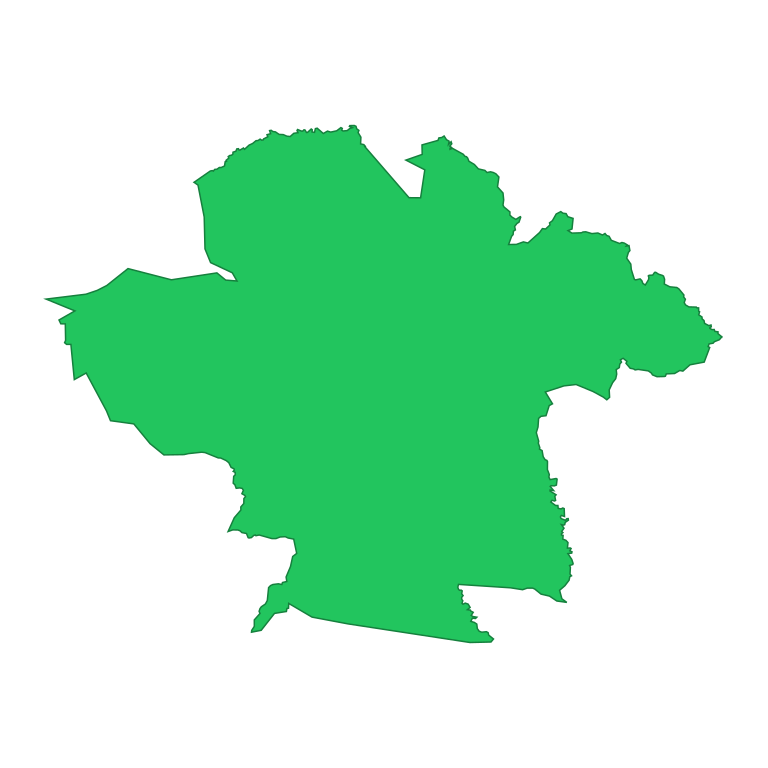 the district of Leonardo Bravo, Guerrero, Mexico, rotated 90°
{"feature_id": "50627088B42339229292955", "entity_name": "Leonardo Bravo", "entity_type": "district", "adm_level": 2, "iso_a3": "MEX", "parent_name": "Mexico", "parent_adm1": "Guerrero", "projection": "equal_earth", "projection_center": [-99.796, 17.634], "detail": "fine", "context": "isolated", "style": "filled", "palette": "green", "viewbox_px": 768, "rotation_deg": 90, "n_neighbors": 0, "source": "geoboundaries", "source_scale": "gbopen_adm2", "svg_char_len": 6127}
<svg xmlns="http://www.w3.org/2000/svg" viewBox="0 0 768 768"><g transform="rotate(90 384 384)"><path d="M617.1,456.0L623.9,419.9L642.5,298.0L642.0,277.0L639.0,274.5L635.1,279.3L632.6,279.9L631.7,281.6L632.2,286.3L631.2,288.8L628.6,290.7L624.1,291.2L622.4,293.7L621.4,297.2L618.2,295.6L618.5,292.5L617.2,291.2L616.5,295.1L615.5,296.8L612.3,294.8L611.0,297.3L610.1,297.6L609.7,300.6L607.4,297.9L604.1,299.9L603.1,302.8L604.2,305.0L603.3,306.0L600.7,305.2L599.3,306.3L597.3,306.3L595.6,304.9L593.8,306.3L590.9,305.8L590.1,306.9L590.3,308.5L589.1,309.6L587.2,310.2L584.4,309.5L587.8,257.5L589.7,245.4L588.1,240.7L588.1,235.4L589.0,233.3L594.1,227.0L596.1,218.5L601.0,211.2L602.4,201.2L598.8,206.1L590.3,208.4L585.7,203.1L580.2,198.9L576.7,198.2L575.8,196.5L574.0,198.0L567.4,197.6L565.5,198.4L564.5,195.2L563.5,194.9L559.5,196.2L553.6,200.1L553.1,196.3L551.8,196.0L550.8,198.2L548.5,196.9L548.0,197.6L548.1,200.6L542.6,200.0L540.3,202.1L539.1,205.2L535.4,204.9L535.0,206.5L533.7,206.5L532.6,205.1L531.5,206.3L528.2,204.0L524.6,206.6L525.1,204.5L524.7,203.3L522.4,202.8L520.2,199.6L518.6,199.8L518.7,201.2L520.3,202.6L518.5,207.0L516.9,207.6L515.4,206.7L516.5,203.5L508.6,203.8L508.0,205.2L508.9,207.0L508.4,209.8L505.5,210.1L505.5,212.4L502.0,217.2L500.3,216.0L501.0,213.4L500.4,212.4L496.3,213.2L494.8,211.9L491.0,218.0L490.0,217.9L490.6,214.3L486.4,217.8L485.7,217.0L485.9,213.7L485.1,211.6L479.1,210.9L478.5,211.9L479.6,217.9L477.1,219.1L474.5,218.7L469.6,220.6L461.6,220.5L460.4,221.1L459.7,222.9L456.7,224.8L450.6,225.9L449.1,228.5L447.6,228.2L443.1,229.7L441.2,229.3L432.6,231.7L427.0,230.0L418.4,229.4L416.3,227.0L415.7,222.0L405.6,218.8L403.8,215.5L392.0,222.7L385.9,204.1L384.5,191.9L391.5,175.0L397.1,164.7L399.8,161.2L397.3,158.4L389.9,158.8L382.7,155.4L378.7,152.3L374.1,151.3L369.6,151.8L367.6,148.7L364.1,148.2L362.1,146.5L359.8,147.6L358.3,144.9L361.3,141.1L363.3,142.0L368.3,137.8L368.9,134.5L369.9,132.9L369.4,129.8L370.9,119.7L373.0,116.7L374.9,115.5L376.7,111.0L376.5,103.7L376.2,102.6L373.9,101.7L373.5,93.4L370.5,88.2L371.1,85.1L364.8,78.0L362.1,63.8L347.5,58.3L346.6,59.9L343.9,58.9L343.2,54.9L341.7,53.6L339.7,48.6L336.8,46.1L336.1,46.3L336.7,46.3L333.7,50.0L331.8,50.0L331.4,53.1L329.5,53.8L329.6,56.0L328.4,58.1L327.5,58.1L326.8,56.7L325.0,57.0L325.6,59.2L323.4,63.4L320.5,64.0L318.9,65.9L317.0,66.0L314.8,69.3L311.8,68.4L311.3,69.3L307.9,69.4L307.9,71.0L307.1,71.7L306.9,79.1L304.9,82.5L302.6,83.8L299.2,82.6L297.1,84.3L295.0,84.1L288.9,89.1L287.5,91.2L286.8,98.2L284.0,103.7L279.3,103.4L276.1,104.5L275.4,105.6L274.2,109.4L272.3,112.3L272.4,113.4L275.1,115.3L275.3,118.9L275.9,119.7L277.8,119.1L279.9,119.6L285.0,122.7L283.5,125.1L280.6,126.2L278.9,127.9L279.9,132.4L279.4,133.6L269.5,136.7L264.1,137.2L258.2,141.3L252.4,139.6L250.6,138.1L245.6,139.0L246.1,141.7L244.9,140.7L243.1,143.7L242.5,146.1L243.5,148.4L240.3,156.7L236.3,158.9L235.5,161.3L233.5,163.0L235.0,165.5L233.0,170.1L233.6,176.1L231.8,182.2L232.0,185.1L232.8,186.6L233.1,196.1L230.6,200.0L229.0,196.0L218.4,194.9L216.7,200.2L213.6,201.9L213.2,205.1L211.6,207.2L214.0,211.8L220.7,215.6L222.9,218.5L224.9,218.0L229.0,222.4L228.6,225.6L232.5,228.4L243.0,240.1L241.9,244.6L244.4,251.6L244.5,259.4L236.3,256.4L234.6,254.9L231.2,254.6L229.9,252.6L226.5,253.4L223.4,251.0L222.2,249.0L217.2,247.3L216.7,247.6L217.0,248.4L219.4,252.1L217.2,255.9L215.1,258.1L211.9,258.1L207.0,264.0L205.1,265.0L199.9,264.3L193.0,265.0L186.9,270.5L177.0,269.1L173.8,272.1L172.5,274.7L171.8,277.5L172.5,281.0L170.4,283.1L168.9,289.6L164.5,293.6L161.2,299.1L158.1,300.3L156.7,301.5L156.3,303.1L154.3,304.7L148.3,315.6L149.3,318.0L148.3,318.0L147.3,316.7L146.2,318.2L143.8,316.2L141.7,316.9L144.4,319.5L141.2,318.9L139.7,321.5L136.0,323.9L137.5,326.2L137.9,329.1L140.4,330.0L144.9,346.0L154.4,345.8L160.1,362.1L169.8,343.2L197.8,347.4L197.7,359.0L146.6,403.2L146.3,402.7L144.6,404.2L143.9,407.4L137.2,407.1L132.6,409.9L130.4,409.1L128.8,411.3L126.3,412.0L125.5,413.7L125.6,418.2L126.4,418.6L127.7,415.6L128.5,418.2L130.6,420.8L131.0,424.9L130.2,426.3L128.4,425.7L127.6,427.1L130.8,431.3L132.1,437.3L131.1,440.5L133.5,444.7L128.2,450.8L128.6,452.6L132.4,453.5L132.0,455.9L129.7,455.8L129.0,456.8L132.4,460.5L132.5,461.5L130.0,463.0L129.8,464.0L131.1,465.3L131.1,466.5L129.5,470.4L130.4,471.0L132.7,470.0L133.3,474.2L136.5,477.8L136.2,481.1L134.6,484.7L134.4,488.9L131.9,492.5L131.5,495.2L130.3,496.8L130.6,498.4L133.7,497.4L134.7,501.0L136.8,500.2L138.9,504.4L139.9,504.8L140.2,506.3L139.1,507.9L140.5,509.9L140.7,512.0L143.5,515.4L145.1,518.9L149.3,523.5L148.0,524.5L150.1,528.1L149.8,529.2L148.7,529.5L148.9,531.2L151.2,532.1L152.2,535.0L154.1,535.1L155.2,536.4L155.5,538.3L156.6,539.8L158.1,539.2L160.3,541.9L161.3,541.5L161.7,542.8L166.0,543.5L167.5,546.8L167.5,548.7L169.2,551.0L169.4,553.3L171.1,554.7L170.6,555.7L171.0,557.7L182.3,574.0L185.1,570.0L217.0,563.8L248.9,563.0L262.6,557.4L272.8,535.7L281.0,531.0L280.1,542.3L272.9,551.1L279.8,596.6L268.6,640.0L285.5,661.2L290.4,670.8L294.2,682.0L299.1,721.9L310.9,693.1L320.0,709.0L323.8,707.2L323.9,702.7L340.4,702.4L342.7,703.4L344.4,701.4L344.4,697.1L379.6,693.7L373.0,681.8L410.9,661.5L420.7,657.5L423.9,634.2L443.7,617.9L454.9,604.1L454.6,584.0L453.6,579.6L452.2,566.3L452.6,562.9L457.9,549.8L458.0,547.3L460.6,541.8L462.7,539.2L467.4,536.9L468.8,534.0L470.1,533.7L471.4,534.8L472.4,532.8L474.9,532.8L476.3,534.3L483.2,534.8L484.8,533.1L488.3,531.8L487.9,528.3L488.4,525.8L490.3,524.6L493.7,526.1L495.4,523.2L496.7,522.5L498.5,524.1L503.5,524.2L507.0,527.2L510.0,527.1L517.7,533.7L531.5,539.9L529.9,535.2L530.0,530.1L530.8,528.0L532.6,526.1L533.5,521.5L537.6,519.9L538.0,519.0L537.6,516.6L535.4,514.2L535.0,512.7L535.7,512.1L535.0,508.8L538.6,496.0L538.6,492.1L537.0,488.0L536.7,482.7L538.0,479.9L539.1,474.3L553.4,471.3L556.5,475.3L566.5,477.5L577.0,481.9L581.5,481.2L582.5,485.5L584.5,486.2L583.8,489.6L584.5,495.1L585.6,497.5L587.6,499.4L600.5,500.7L604.0,502.6L606.8,506.7L608.6,508.0L611.3,508.9L613.5,508.0L619.9,513.7L626.4,513.7L630.4,516.3L632.2,516.5L630.3,506.8L613.4,493.5L611.5,481.6L608.5,481.1L608.2,479.5L603.4,479.3L617.1,456.0Z" fill="#22c55e" stroke="#15803d" stroke-width="1.5"/></g></svg>